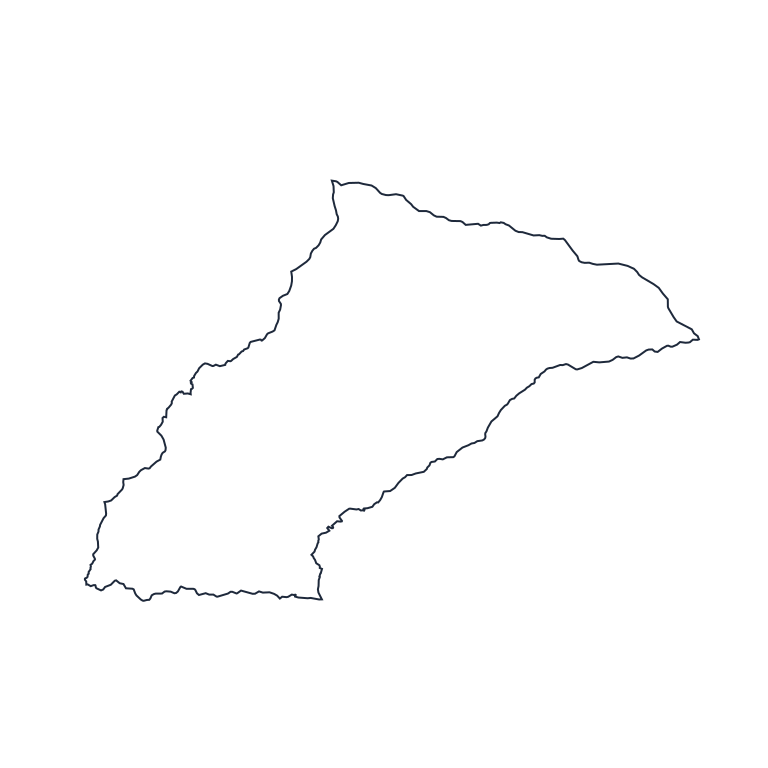 the district of Hodac, Mures, Romania, rotated 354°
{"feature_id": "2599482B70822434260809", "entity_name": "Hodac", "entity_type": "district", "adm_level": 2, "iso_a3": "ROU", "parent_name": "Romania", "parent_adm1": "Mures", "projection": "orthographic", "projection_center": [24.985, 46.821], "detail": "fine", "context": "isolated", "style": "outline", "palette": "slate", "viewbox_px": 768, "rotation_deg": 354, "n_neighbors": 0, "source": "geoboundaries", "source_scale": "gbopen_adm2", "svg_char_len": 6117}
<svg xmlns="http://www.w3.org/2000/svg" viewBox="0 0 768 768"><g transform="rotate(354 384 384)"><path d="M695.8,361.8L681.6,352.4L679.0,347.7L674.7,338.3L674.4,336.9L675.1,329.4L670.8,323.2L667.3,317.1L662.5,312.8L651.8,304.9L649.0,302.1L647.5,299.1L644.7,295.6L638.6,292.0L629.6,288.7L608.2,287.6L604.3,286.4L600.7,284.8L596.3,284.5L593.3,283.6L591.0,282.1L590.4,280.8L589.7,277.2L585.6,271.1L579.0,259.8L577.5,258.2L573.4,258.1L565.4,257.0L561.3,255.2L559.3,253.4L556.9,253.2L554.0,252.2L548.3,251.9L537.4,247.4L533.9,247.0L530.7,245.3L524.8,239.4L521.6,237.8L519.9,236.3L517.0,235.4L515.8,236.0L513.1,235.3L507.1,234.9L506.1,235.0L504.8,236.1L502.8,236.5L499.5,236.2L496.9,236.6L494.3,234.5L481.9,234.3L479.0,231.1L477.1,230.0L468.2,228.9L465.7,227.9L463.0,225.4L460.6,224.0L453.8,223.1L451.2,221.5L447.6,217.9L444.1,216.4L436.9,215.7L431.5,210.8L429.8,208.0L425.3,203.3L423.1,199.1L422.3,198.6L415.8,196.5L408.4,196.7L405.7,196.3L401.7,194.8L400.1,193.5L396.3,188.3L392.4,185.3L384.3,182.9L379.9,181.2L370.0,180.4L362.2,181.9L358.8,178.2L357.5,177.4L353.4,176.3L354.5,181.9L354.1,188.1L353.2,190.1L352.5,193.8L353.5,201.9L354.4,206.3L354.7,210.2L355.6,212.6L355.7,214.9L355.0,217.3L352.6,221.1L349.9,224.4L340.8,229.7L336.6,233.7L335.4,236.6L333.5,239.2L330.7,241.5L328.5,242.2L326.7,244.0L324.9,246.6L323.9,250.2L322.7,251.9L319.7,254.3L308.8,260.5L303.5,262.5L303.7,267.9L303.2,272.2L302.0,276.4L299.5,281.6L297.3,284.4L292.7,285.7L289.1,287.7L288.3,289.0L288.2,290.5L289.8,293.5L289.8,294.7L288.5,299.1L286.7,302.1L286.1,308.1L284.7,311.5L283.2,313.8L280.7,319.2L278.7,320.2L274.0,321.5L272.9,322.3L270.3,325.9L267.3,328.0L266.7,328.0L266.2,327.1L265.3,326.8L255.8,328.2L254.8,329.1L252.9,333.6L252.1,334.2L248.5,335.1L247.3,336.5L245.8,336.8L242.9,339.3L242.0,339.5L240.5,341.7L236.6,343.4L234.5,345.0L233.7,345.3L231.1,344.7L229.1,346.5L228.4,347.3L228.1,348.4L222.6,349.1L218.8,347.2L216.3,348.2L215.2,348.2L210.6,345.5L208.1,344.8L205.8,345.8L201.8,349.0L199.8,352.1L198.1,353.4L196.0,356.2L195.7,357.7L194.3,358.0L191.9,360.6L192.9,362.0L192.0,362.7L192.2,363.5L193.5,364.4L193.5,367.9L192.4,368.8L191.5,369.0L190.7,372.6L190.7,374.0L187.9,372.9L183.9,372.8L182.8,370.6L181.7,370.2L181.0,371.1L179.6,370.3L176.7,372.7L174.8,373.6L171.0,379.3L171.0,380.8L170.2,382.2L167.2,385.1L165.7,386.0L165.7,386.6L165.0,387.3L163.9,394.3L161.6,393.6L160.2,394.7L160.0,398.4L158.0,401.3L156.0,403.2L155.1,403.3L153.6,406.7L153.6,407.7L157.2,412.1L159.0,416.2L160.3,424.5L159.8,427.0L159.1,428.1L156.7,429.3L155.5,430.8L154.5,432.9L153.6,435.8L149.7,437.4L143.6,441.7L142.1,443.3L140.9,443.5L137.4,442.6L133.3,444.3L131.4,445.8L129.0,448.8L126.6,450.1L120.3,451.4L115.0,451.4L114.4,454.3L114.5,457.2L113.2,460.5L112.5,461.5L107.5,465.7L106.9,467.1L104.3,468.3L100.5,471.3L97.5,472.0L93.6,472.2L94.1,474.5L94.1,483.9L93.7,485.7L91.1,488.1L86.9,494.5L86.6,495.9L84.9,498.9L84.6,501.0L83.1,503.7L82.6,508.0L83.0,510.8L82.7,516.8L80.9,519.4L77.0,522.9L76.9,524.3L78.0,527.0L78.3,528.0L78.0,528.6L76.6,529.7L75.0,532.2L73.2,533.2L73.4,535.0L72.8,536.3L72.9,537.4L70.6,540.1L70.5,541.8L69.5,542.5L69.0,544.8L68.0,545.7L66.6,546.0L66.2,546.4L66.1,547.4L67.2,549.2L67.0,552.4L68.3,552.3L71.2,554.4L74.1,553.7L75.7,553.8L76.0,554.1L76.2,556.3L76.7,557.1L81.0,559.7L83.3,559.0L85.4,556.7L91.3,555.1L95.7,551.5L97.1,551.3L100.3,554.5L104.0,555.7L106.0,560.2L112.4,561.3L113.6,562.1L114.7,566.3L115.7,568.4L119.6,572.9L121.3,574.2L122.4,574.5L125.6,574.0L128.0,574.1L129.2,572.9L130.9,569.9L133.1,568.9L134.8,568.6L141.3,569.2L144.1,567.5L145.9,567.4L150.1,568.2L153.7,570.2L155.4,570.1L157.3,568.8L160.2,564.7L161.0,564.2L166.1,567.0L172.8,567.7L174.2,568.3L174.9,569.3L176.1,572.6L177.9,574.5L184.8,573.4L188.2,575.2L192.3,575.6L195.2,577.9L196.2,578.1L206.9,576.1L209.7,574.6L211.4,574.8L215.4,576.9L216.1,576.8L220.2,574.5L231.4,578.9L233.8,579.1L238.0,577.2L241.7,578.8L248.4,579.2L252.7,581.2L255.6,583.3L258.0,586.5L260.5,584.9L264.8,585.8L266.5,585.6L270.3,583.8L272.9,584.6L273.6,584.2L274.1,584.5L273.9,585.7L273.3,585.6L273.3,586.1L276.5,587.4L285.7,589.1L288.7,589.1L296.9,591.5L299.7,591.7L297.0,584.6L296.8,581.3L297.8,578.1L298.6,572.2L300.0,569.2L299.6,568.8L300.9,565.8L301.3,565.7L303.0,561.4L300.9,560.3L301.1,558.9L300.8,557.5L297.9,555.2L297.0,551.7L295.9,549.7L295.5,548.1L294.0,546.3L297.4,543.4L298.1,541.6L299.8,539.3L301.4,535.5L302.2,534.6L302.2,533.3L302.9,531.7L302.8,528.6L306.3,526.3L310.8,525.8L314.3,524.2L312.5,521.3L313.8,520.1L317.0,522.0L318.0,522.0L318.4,521.6L318.4,521.0L317.5,519.5L323.0,515.6L326.3,516.3L327.7,516.2L327.9,515.8L325.8,512.1L325.8,510.7L331.5,506.9L336.3,504.4L337.3,504.4L343.5,505.9L345.7,505.7L347.8,507.4L349.8,507.4L350.9,507.9L351.4,507.2L350.6,506.1L351.0,505.7L354.5,505.8L359.6,504.9L361.7,502.5L364.7,500.9L365.8,501.2L368.0,499.1L370.0,496.3L372.3,491.4L372.8,490.9L378.9,491.1L383.9,488.4L388.0,483.9L392.7,480.0L395.2,478.9L397.4,477.0L401.9,477.4L406.2,476.3L414.4,475.5L417.7,473.0L418.3,471.6L420.7,469.7L421.9,467.2L423.1,466.5L426.5,466.4L429.2,464.2L431.2,464.2L434.6,465.1L438.9,463.5L445.3,464.0L446.5,463.3L449.2,459.3L455.4,455.4L461.6,453.7L464.8,452.3L467.8,452.1L470.8,450.6L475.9,450.4L477.6,449.7L478.9,448.5L479.4,447.1L479.4,444.4L479.7,443.3L480.9,441.9L482.7,438.3L484.8,435.4L486.9,432.5L493.5,428.0L495.4,424.8L497.5,422.1L501.9,418.3L504.1,417.4L505.1,416.5L507.5,413.2L509.8,412.2L512.0,412.0L514.4,409.5L517.5,407.4L523.6,404.4L525.7,402.6L528.3,401.4L530.7,399.5L533.0,399.2L534.0,398.2L534.3,395.5L535.2,394.3L536.6,393.7L538.6,393.6L540.9,390.4L544.9,388.3L546.6,386.6L548.1,385.8L550.3,385.4L553.3,385.5L561.2,383.5L563.7,383.9L567.1,383.2L569.0,383.9L576.3,389.4L577.7,389.7L582.4,388.8L594.5,383.8L600.4,385.0L610.1,385.2L613.9,383.9L617.8,381.5L619.9,381.1L623.8,382.9L628.4,382.9L631.7,384.4L634.7,384.7L640.6,382.4L648.3,378.0L650.9,377.4L654.5,377.7L656.6,380.0L659.5,380.7L664.2,377.8L669.4,375.6L670.7,375.6L673.2,376.9L674.8,377.0L679.5,375.5L682.8,373.2L688.2,374.5L691.2,374.6L692.6,374.4L695.8,372.2L700.5,372.9L701.9,372.5L701.0,369.2L697.6,366.0L695.8,361.8Z" fill="none" stroke="#1e293b" stroke-width="2"/></g></svg>